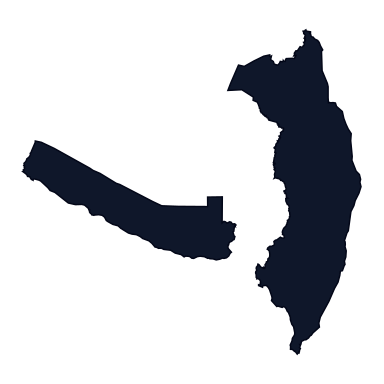 the district of Sarangani, Sarangani, Philippines
{"feature_id": "2640588B5697622806390", "entity_name": "Sarangani", "entity_type": "district", "adm_level": 2, "iso_a3": "PHL", "parent_name": "Philippines", "parent_adm1": "Sarangani", "projection": "natural_earth1", "projection_center": [125.142, 6.055], "detail": "fine", "context": "isolated", "style": "filled", "palette": "ink", "viewbox_px": 384, "rotation_deg": 0, "n_neighbors": 0, "source": "geoboundaries", "source_scale": "gbopen_adm2", "svg_char_len": 5986}
<svg xmlns="http://www.w3.org/2000/svg" viewBox="0 0 384 384"><path d="M238.5,65.1L230.6,83.4L227.9,90.4L241.8,89.7L253.4,97.1L253.1,100.3L257.3,102.1L258.3,104.3L259.5,107.6L259.3,108.0L260.3,109.0L260.3,110.9L261.3,112.8L262.1,112.9L263.1,114.5L264.0,114.6L263.8,115.0L264.8,115.9L265.9,115.6L265.7,116.0L266.1,116.4L265.8,116.6L266.7,117.0L267.2,117.8L268.1,118.0L268.4,119.2L268.9,119.3L268.9,120.1L277.0,122.3L277.4,124.0L278.2,124.0L278.1,125.0L278.8,124.7L278.8,126.9L281.1,127.2L281.6,128.0L283.5,128.2L283.6,129.0L283.0,130.0L283.1,131.1L282.1,131.4L280.5,132.7L280.8,134.4L279.7,136.1L279.0,136.2L279.6,137.3L280.4,137.3L280.5,137.6L279.9,138.7L278.7,139.0L278.6,141.0L277.4,140.8L277.8,142.6L277.1,142.8L276.0,144.1L275.7,146.2L274.1,147.6L274.3,148.3L275.2,148.7L275.4,149.2L274.8,152.6L275.7,152.6L275.9,153.0L274.8,155.2L275.1,156.5L274.3,157.4L273.7,161.6L273.3,162.7L273.5,163.2L275.1,163.2L275.3,163.8L273.4,164.8L274.3,166.8L274.1,167.7L275.1,168.1L274.1,169.6L275.1,170.5L275.3,171.6L274.5,174.3L274.8,177.1L274.2,178.3L275.4,177.8L277.9,178.5L278.0,178.2L280.0,179.3L280.7,180.4L281.4,180.3L284.1,182.2L284.3,183.3L284.8,183.6L285.5,186.9L286.2,188.7L285.9,189.8L284.8,190.8L284.1,190.8L284.0,191.7L285.3,192.5L285.5,193.0L285.1,193.5L285.8,193.7L286.3,194.6L286.5,197.8L287.3,198.1L285.8,198.5L285.9,201.1L287.1,203.8L287.5,203.2L287.2,204.0L288.7,205.4L289.2,206.8L289.3,207.7L288.8,208.5L289.1,210.1L288.7,210.6L289.6,212.2L290.0,216.3L289.4,216.8L289.6,217.5L288.8,219.4L287.6,220.3L288.3,220.9L287.5,220.7L287.6,222.3L287.2,222.5L286.9,224.4L286.6,224.4L286.0,226.0L283.7,228.3L282.6,230.8L282.3,232.1L282.7,233.6L282.5,234.5L284.0,235.2L284.1,236.1L284.5,236.2L284.1,236.3L284.4,237.5L283.8,238.1L281.8,238.0L280.4,237.2L276.8,239.9L275.4,240.2L273.9,241.5L274.4,243.9L274.1,245.1L271.7,246.3L269.8,246.3L267.7,248.0L267.3,249.3L267.9,249.5L269.3,251.0L269.8,254.1L269.7,256.5L269.1,257.9L268.0,258.7L267.7,261.4L266.4,261.9L266.1,263.4L265.1,264.5L265.2,267.1L264.7,268.2L264.2,267.7L264.3,268.4L263.2,268.4L262.8,267.7L261.0,267.3L259.0,264.7L258.0,264.1L257.3,266.3L256.4,267.1L256.2,268.4L256.8,270.5L255.9,271.4L255.6,272.9L256.2,274.7L256.2,277.4L257.0,278.4L256.9,278.8L257.9,278.6L258.7,279.0L259.9,280.0L260.5,281.3L260.6,282.6L260.3,282.9L260.6,284.0L260.0,284.2L259.8,285.3L258.6,284.8L258.6,285.6L262.5,287.2L262.6,286.2L263.5,285.6L266.2,285.4L267.0,286.1L268.4,287.6L269.6,289.8L271.9,296.7L272.1,298.4L271.5,300.6L276.8,306.5L277.9,306.1L282.2,307.4L283.4,306.6L284.6,306.9L286.0,308.4L287.4,311.5L288.4,312.3L290.3,317.2L290.4,319.8L291.9,324.4L293.6,326.7L294.8,333.0L294.5,335.0L292.4,338.3L292.0,341.0L290.2,345.1L290.6,346.5L290.5,349.3L292.4,349.4L294.2,351.1L294.3,350.8L294.9,351.0L297.2,354.1L298.1,353.0L298.9,353.1L298.9,352.0L299.3,352.0L299.6,350.1L300.4,348.4L299.5,347.5L300.3,345.7L299.7,344.5L300.8,344.5L301.5,341.4L304.5,339.8L305.9,339.8L308.5,338.0L310.0,335.9L311.3,335.2L312.9,332.9L319.4,327.1L318.8,323.1L320.3,317.1L328.9,301.3L334.5,288.4L338.0,282.2L339.8,275.4L340.3,271.5L341.2,270.9L342.4,270.7L344.1,265.9L345.0,264.4L344.4,261.2L345.8,257.0L346.2,250.8L345.0,246.7L345.3,244.4L345.1,241.8L344.4,240.8L346.9,233.0L348.3,230.8L350.9,211.6L353.9,205.6L355.2,200.6L358.9,193.3L361.0,186.7L359.9,182.2L360.6,179.3L359.4,174.5L356.1,171.1L351.9,160.3L352.2,156.4L350.7,140.7L351.2,133.6L348.2,129.0L346.0,124.3L343.8,118.4L342.3,111.5L336.5,106.4L335.4,103.0L333.0,102.6L330.6,102.8L328.4,102.1L328.5,103.6L328.1,97.9L328.1,86.7L327.4,83.5L322.1,70.7L321.5,51.3L322.7,49.9L320.5,45.9L319.1,42.3L317.6,40.4L314.7,39.0L313.1,37.1L312.5,37.2L310.9,35.9L310.8,34.7L310.0,33.5L310.5,33.5L310.5,31.8L306.9,31.2L305.8,30.5L305.8,29.9L305.2,30.2L305.0,30.9L303.1,31.2L303.8,32.7L303.7,33.7L304.4,34.0L305.4,35.5L304.8,36.6L305.0,37.3L304.1,38.2L304.8,38.8L304.8,39.4L305.2,39.0L305.4,39.7L305.2,41.0L304.8,41.0L304.6,42.0L303.6,42.3L304.4,43.8L304.0,45.5L303.3,45.6L303.2,46.4L301.9,47.3L300.1,46.7L297.4,50.8L295.9,50.8L294.3,53.2L294.9,53.8L293.8,55.9L295.9,55.6L294.3,58.6L292.8,58.3L286.2,58.6L285.5,59.8L285.2,61.4L283.9,61.2L283.4,60.6L283.4,61.1L282.9,61.2L282.6,61.8L280.3,61.4L279.4,63.4L277.6,65.2L274.2,64.1L273.3,61.5L270.6,59.6L271.4,56.1L270.9,56.4L270.3,56.1L269.6,56.3L269.7,54.9L263.7,56.2L253.9,61.0L244.3,66.4L238.5,65.1ZM235.9,225.1L235.8,224.6L234.6,223.8L232.4,224.0L231.1,222.2L229.7,221.8L227.0,223.1L225.4,221.8L223.9,221.4L222.1,223.0L222.3,196.9L207.6,197.1L207.7,206.6L178.1,206.4L161.7,205.8L152.8,201.6L119.8,184.5L116.2,183.3L100.0,173.4L93.0,170.4L89.8,168.2L54.2,148.4L41.3,142.3L35.3,141.0L35.2,142.5L31.3,151.6L31.3,152.3L30.2,153.3L30.4,155.0L29.0,157.1L26.7,159.0L26.5,160.2L25.4,162.0L24.0,163.3L24.3,164.5L23.8,165.5L24.5,165.7L24.2,167.3L24.6,167.8L24.2,169.3L23.4,169.9L23.8,170.2L23.2,171.2L23.6,171.6L23.0,171.7L26.0,173.9L27.7,176.0L27.6,176.4L29.7,176.7L31.3,179.4L33.0,180.2L32.9,179.5L34.4,178.9L38.9,180.1L40.7,181.0L47.9,187.7L50.1,190.5L54.9,192.4L68.3,203.0L75.4,204.6L81.8,204.4L84.6,205.1L88.3,208.3L89.4,211.0L89.6,210.8L89.5,211.9L90.3,213.2L91.5,214.0L91.7,214.8L93.9,215.3L94.7,214.6L95.2,214.7L95.1,215.0L98.6,214.7L102.2,215.3L104.6,217.2L106.3,220.5L107.9,221.6L112.9,224.4L118.1,225.8L120.8,228.3L128.4,233.0L132.0,234.1L136.0,234.6L136.1,235.0L136.1,234.6L137.2,235.0L140.3,236.6L142.7,238.5L148.9,240.8L151.9,243.3L155.1,247.1L156.1,247.1L158.5,248.3L161.4,248.2L163.8,249.4L170.6,250.2L175.2,253.1L181.2,254.6L184.1,256.9L185.6,256.1L188.5,256.3L189.8,256.6L191.8,258.2L193.7,258.4L197.4,256.6L200.2,256.2L204.4,256.7L207.7,258.3L208.9,258.1L209.8,258.7L213.1,258.9L216.2,259.9L219.8,259.2L222.5,258.1L224.0,258.4L226.5,257.8L228.7,256.0L230.1,253.3L231.4,252.2L228.5,248.9L227.9,247.5L228.0,245.7L228.4,245.2L228.2,244.9L228.7,244.6L228.8,243.5L229.7,242.1L231.6,241.3L233.1,239.9L234.1,239.5L234.9,236.5L234.1,236.0L232.9,231.9L233.8,231.3L234.4,226.3L234.7,225.9L235.2,226.3L235.0,225.4L235.9,225.1Z" fill="#0f172a" stroke="#020617" stroke-width="1.5"/></svg>